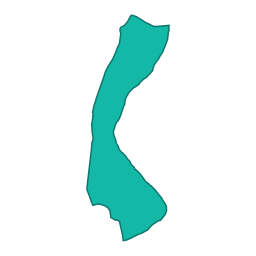 the district of Naqada, Qina, Egypt
{"feature_id": "37247803B87719226438942", "entity_name": "Naqada", "entity_type": "district", "adm_level": 2, "iso_a3": "EGY", "parent_name": "Egypt", "parent_adm1": "Qina", "projection": "orthographic", "projection_center": [32.741, 25.889], "detail": "fine", "context": "isolated", "style": "filled", "palette": "teal", "viewbox_px": 256, "rotation_deg": 0, "n_neighbors": 0, "source": "geoboundaries", "source_scale": "gbopen_adm2", "svg_char_len": 2279}
<svg xmlns="http://www.w3.org/2000/svg" viewBox="0 0 256 256"><path d="M123.2,240.6L126.6,240.0L131.9,237.6L135.3,235.8L139.1,234.1L142.0,233.1L145.3,231.2L148.0,229.6L148.9,228.4L151.1,226.0L152.5,224.6L154.8,223.2L156.4,221.9L158.6,220.9L160.5,220.3L164.7,215.1L165.8,213.0L166.6,210.3L166.4,208.1L166.4,206.4L165.6,204.9L164.4,202.4L163.0,200.7L161.7,198.2L160.6,196.7L158.4,194.2L157.3,192.6L154.9,189.7L154.2,188.8L152.9,187.9L152.2,186.8L151.1,185.9L149.6,185.2L149.0,184.0L146.9,182.5L145.2,181.1L143.4,178.3L141.7,176.0L139.3,172.9L137.2,171.1L136.9,170.5L135.2,169.5L133.9,166.8L132.3,165.8L131.6,164.7L131.2,164.2L130.5,163.3L130.4,162.2L130.1,161.9L129.7,161.2L127.9,159.4L126.7,157.8L125.8,156.2L124.5,155.0L123.3,153.6L121.6,152.2L120.1,150.6L119.1,148.9L117.9,145.7L116.2,143.2L115.9,140.7L115.0,138.2L114.3,136.4L113.9,135.3L113.4,132.4L113.7,130.1L114.4,128.7L115.2,125.3L116.4,122.7L117.2,121.7L118.5,120.2L119.5,118.0L120.5,115.7L122.8,108.9L123.6,106.3L124.4,104.9L124.7,104.3L124.9,101.8L125.3,100.0L126.0,97.6L127.2,95.6L127.9,94.5L128.6,92.9L129.8,91.5L131.5,89.8L132.1,89.2L133.2,88.1L135.1,87.0L137.6,85.3L139.0,84.4L139.2,83.8L140.6,81.9L142.2,80.4L143.9,78.9L145.1,78.2L146.9,76.9L148.3,75.2L149.5,74.3L150.4,73.1L152.0,71.3L152.8,70.2L153.0,68.1L153.6,66.8L153.9,65.5L155.4,63.1L157.4,60.4L159.1,58.0L159.7,56.8L160.5,55.3L161.5,53.9L162.9,51.6L164.0,48.6L165.2,45.9L166.8,41.5L167.5,39.3L167.9,36.4L168.1,34.6L168.3,32.1L169.0,30.3L168.9,27.5L168.9,25.7L169.0,25.4L162.8,25.9L162.5,26.0L160.0,26.2L156.2,26.4L154.2,26.5L151.2,25.2L148.7,23.9L145.7,22.6L141.1,19.5L138.6,18.1L136.6,16.8L133.1,15.5L131.0,15.4L129.6,17.9L127.4,22.0L124.7,25.1L122.8,26.2L120.9,27.3L120.0,28.9L120.1,30.8L120.8,33.7L120.6,35.2L119.4,43.7L118.1,46.2L117.2,48.3L115.1,53.8L112.5,59.4L108.0,66.6L105.4,71.7L103.7,77.2L101.1,84.5L97.0,96.3L95.7,100.4L94.1,105.4L92.5,112.4L93.1,113.3L92.5,119.8L91.7,124.3L92.2,132.1L92.7,135.3L92.9,136.5L93.1,139.5L91.8,143.0L91.9,144.5L91.3,150.4L87.3,184.7L87.0,187.2L87.1,190.1L88.8,194.4L89.5,196.4L91.7,202.6L92.9,205.3L98.0,204.0L100.9,204.4L105.4,206.0L108.0,207.9L109.6,210.2L110.1,211.7L110.9,217.5L115.5,220.2L117.4,220.1L119.5,221.5L121.5,230.5L122.7,235.6L123.2,240.6Z" fill="#14b8a6" stroke="#0f766e" stroke-width="1.5"/></svg>